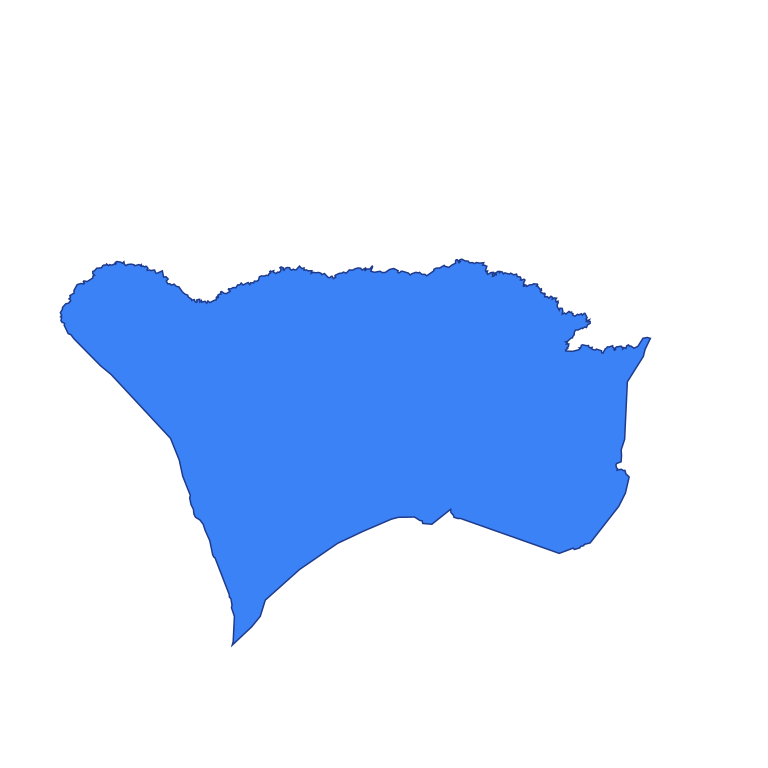 Sam Sung, Khon Kaen, Thailand (Equal Earth projection), rotated 242°
{"feature_id": "78962969B89494926735962", "entity_name": "Sam Sung", "entity_type": "district", "adm_level": 2, "iso_a3": "THA", "parent_name": "Thailand", "parent_adm1": "Khon Kaen", "projection": "equal_earth", "projection_center": [103.084, 16.556], "detail": "fine", "context": "isolated", "style": "filled", "palette": "blue", "viewbox_px": 768, "rotation_deg": 242, "n_neighbors": 0, "source": "geoboundaries", "source_scale": "gbopen_adm2", "svg_char_len": 6171}
<svg xmlns="http://www.w3.org/2000/svg" viewBox="0 0 768 768"><g transform="rotate(242 384 384)"><path d="M454.7,513.3L457.6,511.4L458.0,509.9L457.8,508.3L456.4,509.0L455.8,507.2L459.2,507.1L459.8,506.2L459.3,505.1L457.0,503.8L457.2,500.1L456.5,496.1L459.2,493.2L460.5,492.8L460.3,487.7L461.8,484.4L461.8,481.9L460.5,481.0L459.5,472.5L461.6,471.6L463.0,468.9L465.9,467.8L466.0,466.4L467.6,464.7L468.3,460.6L468.0,458.3L470.5,457.6L475.0,453.1L475.5,451.9L475.0,450.2L475.4,448.9L476.5,448.6L477.3,449.7L481.4,446.9L482.5,442.7L481.9,437.6L483.1,434.9L485.4,433.4L487.1,428.0L489.8,425.3L492.9,429.0L493.6,428.9L492.2,425.5L493.5,423.0L493.1,420.6L493.9,420.4L494.6,422.2L495.1,422.2L494.9,418.2L497.2,417.7L498.6,415.7L499.3,412.6L499.2,409.8L501.0,406.9L499.6,402.7L501.8,400.8L501.7,398.6L502.7,396.5L502.9,392.2L502.6,391.4L500.9,391.5L500.9,388.7L503.4,388.8L503.8,387.9L503.3,385.9L504.4,384.7L509.5,383.3L509.8,380.4L511.3,380.4L513.1,378.8L514.5,375.5L516.0,373.8L515.9,371.6L517.9,373.5L519.5,370.2L521.1,369.1L522.0,366.8L524.0,367.9L524.5,365.7L527.8,364.7L526.1,360.2L526.5,359.0L528.0,357.8L527.9,355.9L529.5,355.0L531.0,355.3L532.3,353.2L532.5,351.2L531.3,349.0L532.4,348.6L533.7,349.6L535.7,348.1L535.5,346.6L534.0,347.0L532.5,346.1L531.7,343.9L532.7,342.7L532.3,340.4L534.7,338.9L535.8,339.8L536.0,337.7L537.1,336.7L536.8,335.8L535.4,336.0L535.3,334.3L534.2,332.8L535.3,330.9L535.4,329.1L537.0,326.4L537.2,324.4L534.4,321.6L534.6,319.5L535.7,317.9L534.5,316.4L536.0,313.7L534.8,312.1L537.4,311.7L537.6,306.0L540.2,305.3L539.2,303.0L540.2,301.5L538.6,298.2L540.0,296.1L539.9,293.6L541.0,291.5L540.5,291.0L538.1,291.7L537.8,287.4L539.2,285.3L541.8,284.1L542.0,283.0L539.9,282.1L540.6,281.0L540.4,279.0L538.1,278.4L538.2,277.7L539.4,277.5L539.2,276.6L537.0,275.4L537.6,273.4L537.6,268.5L540.0,267.5L538.6,265.4L541.1,264.8L541.8,261.5L543.4,262.0L542.9,260.0L545.4,261.0L546.1,258.1L544.3,257.5L544.1,256.7L545.4,255.8L547.6,256.1L548.1,253.5L549.1,253.9L552.8,252.0L554.6,252.4L556.9,250.4L560.1,249.2L566.1,248.5L567.7,246.5L570.8,245.5L570.9,243.0L573.0,242.0L574.0,240.1L577.1,240.1L578.0,242.7L581.0,241.9L581.9,239.6L588.0,241.4L588.3,235.5L589.3,234.6L592.4,234.9L593.6,231.4L594.8,230.5L595.4,228.3L596.4,228.7L597.0,229.9L598.9,229.6L599.8,229.1L599.8,227.6L601.4,226.6L601.7,224.9L603.4,225.8L603.4,224.3L604.5,223.7L605.4,219.5L606.6,219.3L608.5,217.1L609.8,213.9L609.8,211.6L611.7,211.0L614.0,211.7L613.4,209.8L615.0,208.9L617.5,205.8L617.5,203.9L616.2,204.0L615.8,203.1L616.6,202.9L616.6,200.1L617.3,198.5L618.2,197.9L617.9,196.3L620.2,195.4L619.5,194.2L620.5,192.7L620.5,191.1L619.2,189.1L621.1,184.7L619.9,181.6L620.1,179.7L618.0,178.7L616.0,179.5L616.1,177.9L614.3,176.5L613.8,170.0L615.9,167.4L615.4,166.5L613.7,166.8L613.3,165.9L615.0,163.6L615.8,159.7L612.1,154.1L609.8,153.1L609.5,148.1L607.6,147.8L607.0,145.8L605.2,146.7L604.1,145.9L604.2,144.7L603.4,143.7L604.2,140.6L602.6,136.2L600.9,135.0L598.9,131.7L596.1,131.7L595.2,129.9L594.2,130.7L591.7,128.5L589.4,128.7L588.6,129.9L587.1,130.3L586.1,129.2L576.7,128.8L574.5,130.7L569.4,131.5L533.1,142.3L520.6,147.5L436.2,170.0L412.9,167.5L397.1,163.0L376.5,160.7L374.8,159.0L368.2,157.0L362.9,156.9L358.4,155.1L354.9,155.0L350.2,157.7L344.8,158.5L339.0,157.4L327.4,156.6L313.8,152.6L310.9,152.5L310.0,153.2L270.7,148.5L268.3,147.4L266.5,148.1L260.1,146.0L258.1,144.3L249.0,142.8L227.2,129.8L224.7,127.4L231.8,153.4L237.0,165.7L248.9,177.7L259.9,222.4L265.1,268.2L263.8,295.9L261.2,327.1L259.5,334.2L252.2,348.5L246.7,351.6L245.2,353.5L242.7,352.7L237.7,360.4L242.1,384.0L239.0,382.8L235.4,383.7L233.4,383.2L230.3,386.4L229.5,388.3L152.2,459.2L150.3,473.9L148.5,474.4L147.4,479.9L148.3,481.4L147.5,484.5L148.4,485.4L146.9,491.4L165.8,533.9L174.4,546.0L186.8,556.8L191.2,555.4L194.6,556.2L195.2,554.8L197.4,553.4L198.5,549.3L199.5,550.4L200.8,549.9L203.7,550.8L204.6,552.0L204.0,556.8L209.2,560.1L214.5,562.5L222.2,570.5L271.7,599.9L286.6,625.9L292.0,630.8L299.2,640.6L301.4,638.4L302.8,634.2L298.0,625.7L298.3,621.5L301.5,619.9L302.2,618.6L303.8,618.2L303.7,616.0L301.9,614.4L303.1,613.4L302.8,611.2L304.1,612.2L305.0,611.1L306.0,611.2L307.6,606.8L307.4,605.5L305.7,604.6L305.5,603.6L306.3,603.1L307.4,604.0L309.4,603.3L310.5,603.8L311.0,600.3L311.9,598.6L311.2,597.5L311.2,595.9L308.4,591.8L309.3,590.9L311.2,591.7L315.1,587.9L314.8,586.5L316.1,584.9L317.5,583.8L318.6,585.0L319.6,582.3L322.0,582.6L322.5,581.1L325.4,577.7L325.5,576.5L323.7,574.7L324.2,573.4L323.2,573.6L322.8,572.1L324.3,565.8L327.8,560.0L328.8,560.3L329.1,562.9L330.2,562.9L330.4,564.3L332.6,566.0L333.6,563.8L334.4,565.1L335.9,564.2L335.5,566.2L336.7,570.4L336.3,572.1L337.3,573.0L338.2,575.1L340.3,576.3L341.7,578.4L340.5,581.0L340.6,584.5L339.7,585.3L340.1,587.8L338.8,589.3L340.7,591.5L340.7,594.4L342.4,595.3L343.1,593.4L344.3,595.4L344.5,592.1L345.6,593.1L346.5,592.8L347.2,594.5L352.0,594.6L352.4,594.0L351.7,591.4L353.4,591.2L353.5,588.5L354.7,587.6L354.2,584.4L356.2,582.9L357.3,583.9L358.4,583.0L359.4,583.4L360.1,581.7L361.2,581.5L360.4,577.4L362.0,576.7L362.1,574.2L364.3,576.1L367.1,576.8L368.3,575.0L366.9,573.3L371.0,573.3L372.5,574.0L374.0,576.0L375.5,576.5L375.2,574.9L375.8,574.5L378.1,575.2L378.8,576.6L380.0,574.9L380.0,572.5L381.3,573.5L383.1,572.6L382.4,569.8L384.4,569.3L385.6,566.8L388.0,568.6L388.7,568.4L388.7,567.1L389.6,567.1L390.9,565.5L392.6,565.6L392.5,566.9L394.2,567.6L394.4,566.3L397.9,565.6L398.8,564.7L399.4,566.2L400.2,566.3L402.3,563.0L402.0,561.7L403.2,558.8L403.1,555.9L404.7,555.7L404.4,554.1L404.9,553.1L405.6,553.4L405.9,554.7L406.9,554.2L407.9,555.0L409.6,557.3L410.8,556.8L411.1,554.3L411.8,553.3L412.5,554.3L414.4,554.7L416.3,552.1L418.8,552.6L419.5,549.8L422.4,547.9L422.1,546.3L425.4,542.9L425.2,541.2L427.4,541.0L428.5,539.8L428.1,538.2L429.3,538.6L430.0,537.1L429.5,535.2L430.1,533.5L429.1,533.3L428.9,534.6L427.7,534.4L428.8,532.8L427.8,532.1L428.1,530.4L429.0,531.4L430.3,531.3L430.7,533.0L431.2,533.1L432.2,530.7L432.1,527.1L433.4,526.8L435.2,528.5L435.6,526.7L436.7,527.0L439.7,530.1L441.8,528.4L442.5,526.9L444.3,529.0L445.8,525.2L447.9,522.6L447.9,520.3L449.6,519.2L451.0,516.3L453.0,516.0L454.7,513.3Z" fill="#3b82f6" stroke="#1e3a8a" stroke-width="1.5"/></g></svg>